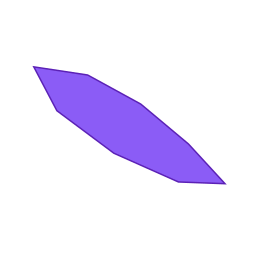 the state/province of Grand Turk, rotated 117°
{"feature_id": "TCA-5007", "entity_name": "Grand Turk", "entity_type": "state/province", "adm_level": 1, "iso_a3": "TCA", "parent_name": "Turks and Caicos Islands", "parent_adm1": "", "projection": "mercator", "projection_center": [-71.14, 21.473], "detail": "fine", "context": "isolated", "style": "filled", "palette": "violet", "viewbox_px": 256, "rotation_deg": 117, "n_neighbors": 0, "source": "natural_earth", "source_scale": "10m", "svg_char_len": 274}
<svg xmlns="http://www.w3.org/2000/svg" viewBox="0 0 256 256"><g transform="rotate(117 128 128)"><path d="M133.6,16.3L153.2,58.6L156.9,129.1L144.9,199.2L116.3,239.7L99.1,188.0L100.9,127.4L114.8,66.9L133.6,16.3Z" fill="#8b5cf6" stroke="#5b21b6" stroke-width="1.5"/></g></svg>